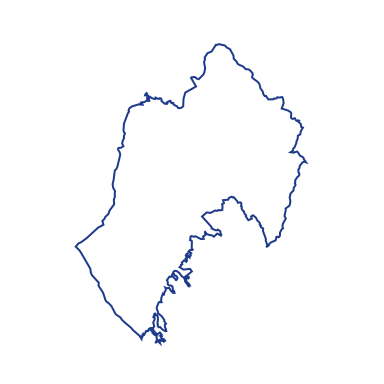 Tisau, Buzau, Romania, rotated 331°
{"feature_id": "2599482B29970481814302", "entity_name": "Tisau", "entity_type": "district", "adm_level": 2, "iso_a3": "ROU", "parent_name": "Romania", "parent_adm1": "Buzau", "projection": "orthographic", "projection_center": [26.544, 45.194], "detail": "fine", "context": "isolated", "style": "outline", "palette": "blue", "viewbox_px": 384, "rotation_deg": 331, "n_neighbors": 0, "source": "geoboundaries", "source_scale": "gbopen_adm2", "svg_char_len": 6014}
<svg xmlns="http://www.w3.org/2000/svg" viewBox="0 0 384 384"><g transform="rotate(331 192 192)"><path d="M125.6,267.9L126.6,271.2L127.7,271.7L127.7,271.0L127.1,270.3L128.2,270.2L127.9,268.3L129.1,265.1L128.1,263.4L126.7,262.7L126.0,261.0L127.3,258.8L127.3,257.0L131.1,255.1L132.5,256.0L134.6,254.7L134.0,256.3L135.2,259.9L135.1,261.0L135.6,261.4L136.6,261.1L137.6,260.2L137.7,258.2L136.5,256.7L136.4,254.4L136.8,253.0L138.5,252.5L140.3,253.7L141.7,256.8L142.2,260.7L143.3,262.8L143.3,265.4L142.6,266.8L143.2,271.0L143.0,271.9L143.4,272.8L143.9,272.3L144.7,272.8L144.8,270.8L143.7,267.8L145.2,263.9L145.3,261.9L146.8,265.8L147.5,265.7L147.9,264.7L147.2,264.0L146.8,262.6L153.4,261.4L153.0,258.3L146.9,255.7L144.7,251.7L146.2,251.4L147.1,250.4L148.4,250.6L148.9,248.8L151.8,248.0L152.1,247.9L153.1,250.3L154.0,249.8L154.6,249.1L154.3,247.5L155.0,247.7L156.0,247.1L155.5,246.0L156.1,245.6L155.8,244.5L157.2,243.6L158.0,243.6L157.5,246.3L158.1,248.2L159.0,247.2L160.1,247.0L160.1,245.7L161.7,245.1L160.8,243.4L160.1,243.4L160.0,242.4L161.8,241.8L164.5,242.9L164.7,242.4L164.4,241.2L168.1,234.9L167.0,233.0L167.6,232.7L168.9,230.4L170.2,230.3L172.0,232.1L173.5,232.3L176.9,237.4L179.6,238.7L180.1,236.3L182.9,236.1L183.8,233.3L184.2,233.2L184.5,235.7L186.3,238.0L188.5,239.6L189.5,241.7L193.9,240.6L196.2,244.2L196.8,243.8L197.1,241.5L197.7,240.0L196.3,237.4L195.4,237.6L194.2,237.0L191.6,233.6L192.0,233.3L192.0,231.5L188.9,218.3L194.9,217.0L198.2,219.3L203.3,219.4L204.8,220.7L206.7,220.7L207.3,221.5L209.8,222.4L212.0,218.9L212.3,217.3L214.5,217.2L215.2,214.2L220.0,216.3L221.3,215.1L224.4,215.3L225.0,216.6L226.0,216.7L227.1,221.8L227.0,223.8L229.0,224.3L229.7,225.4L229.5,226.2L228.0,228.3L228.4,229.2L227.5,230.2L227.3,231.6L227.4,233.0L228.0,233.8L227.4,236.3L228.0,238.6L227.3,239.3L227.6,244.0L231.4,244.3L231.8,242.0L234.1,242.0L235.4,245.3L235.4,249.1L236.1,250.7L236.1,252.7L235.4,253.5L236.1,254.8L235.3,255.3L235.2,256.3L236.6,258.4L235.2,260.3L233.9,268.7L233.0,270.1L232.3,274.0L231.8,275.3L230.2,276.3L233.3,275.9L234.1,275.0L236.3,274.4L241.8,274.8L244.1,272.2L245.1,272.6L245.6,273.5L246.7,273.5L248.0,272.5L249.2,270.2L252.4,268.1L254.0,267.9L254.4,265.9L256.0,263.9L261.2,260.7L261.3,257.8L265.0,253.6L265.9,251.8L270.3,251.3L271.9,250.0L273.6,247.7L274.9,243.8L276.3,242.7L276.6,241.8L278.5,240.7L281.4,240.0L282.8,237.9L286.1,235.9L286.1,234.3L287.0,233.7L287.8,231.9L291.1,230.1L293.7,229.5L294.8,227.9L294.7,226.6L295.7,224.1L297.7,223.1L298.9,221.3L303.0,219.7L305.0,219.9L306.1,221.2L305.7,217.2L306.1,216.1L305.4,214.4L304.1,212.9L303.8,208.0L302.9,207.3L300.0,206.9L297.5,205.0L300.4,204.7L301.5,203.1L303.3,202.7L306.7,200.0L308.4,197.9L310.0,197.0L311.9,194.1L314.6,194.1L316.5,191.7L320.2,189.5L319.1,188.1L320.1,185.2L319.1,182.1L320.2,181.6L319.7,180.8L317.9,180.4L317.6,179.4L317.8,177.6L317.0,177.0L315.6,177.0L314.7,175.9L314.6,174.9L316.9,171.5L317.0,170.2L315.6,167.4L310.9,162.5L315.2,158.8L316.9,154.5L316.9,152.7L314.1,151.7L312.5,150.5L311.3,151.1L308.7,150.0L308.2,150.4L303.6,148.0L303.3,143.9L302.1,143.3L301.8,140.6L302.4,139.6L302.5,137.4L302.1,134.6L303.3,130.4L302.9,127.6L300.2,121.7L300.3,120.4L302.2,118.8L302.5,117.4L301.9,114.3L301.1,112.4L298.5,110.5L297.5,106.9L294.7,103.3L294.0,101.6L294.2,99.6L293.1,95.7L294.4,92.9L294.5,85.7L292.5,82.5L291.8,79.8L287.2,75.7L285.2,75.5L284.4,74.8L277.2,78.6L272.9,78.1L268.3,80.5L267.6,82.3L265.4,84.4L263.5,90.2L260.7,93.4L258.8,94.8L252.6,96.6L251.2,95.2L250.1,92.7L247.3,91.5L246.5,91.7L246.7,101.7L234.3,101.8L229.8,106.3L225.9,112.7L223.5,113.2L221.1,112.3L220.5,111.5L220.5,110.0L218.3,106.6L218.8,105.1L217.4,104.5L217.5,103.9L216.9,103.4L217.4,102.2L217.1,101.6L213.8,101.3L213.3,101.5L213.7,102.3L212.8,102.8L211.0,101.6L209.4,97.6L210.2,96.4L210.2,95.3L209.5,94.4L208.6,94.7L207.6,94.1L205.9,91.8L205.2,92.8L204.7,92.8L202.6,90.8L201.4,88.4L200.5,88.1L200.7,87.6L199.9,85.8L200.3,84.7L200.2,83.5L198.6,83.9L197.8,84.7L199.6,85.6L199.3,86.9L197.8,88.6L198.2,89.4L199.6,89.7L198.8,91.6L196.4,90.2L193.8,90.2L190.9,89.0L190.5,89.2L191.3,90.0L191.1,91.7L187.6,89.4L180.6,88.0L177.8,88.5L175.9,90.1L175.9,91.2L173.9,92.2L165.8,99.1L162.3,104.3L161.5,106.3L161.8,108.2L159.4,110.2L158.7,112.0L156.9,113.0L154.4,115.7L154.2,118.7L151.4,118.9L149.2,117.9L148.2,118.3L147.9,119.3L148.0,122.2L147.3,124.6L139.1,133.6L137.2,135.1L135.0,135.7L129.0,143.8L126.4,146.6L125.1,150.0L125.1,153.9L123.2,156.6L122.8,158.1L119.7,161.1L118.4,164.3L117.6,165.2L111.0,168.2L108.1,170.8L104.2,171.7L102.1,173.2L99.6,173.8L98.7,177.7L92.3,177.7L77.5,181.3L70.4,182.2L68.0,181.9L63.8,183.4L65.3,188.7L65.5,191.1L65.8,205.3L65.8,210.0L64.4,213.6L64.2,216.3L66.5,226.3L64.8,228.5L65.4,237.1L63.9,244.6L64.1,246.7L65.1,248.5L66.2,252.6L66.0,261.8L68.7,267.4L68.7,269.5L69.9,273.4L72.9,281.2L73.5,284.4L76.8,293.5L76.4,293.7L76.6,296.1L77.5,294.9L77.6,293.7L78.5,294.5L79.2,293.7L80.2,293.8L79.9,292.8L80.7,292.9L81.0,292.3L81.8,293.1L83.4,292.4L84.2,291.3L86.3,292.3L87.1,291.4L88.0,291.5L88.0,290.9L89.2,290.8L89.0,292.8L89.7,296.0L89.2,296.3L90.0,298.7L90.8,298.3L90.9,298.9L90.5,299.1L91.3,300.7L90.4,302.0L89.9,304.2L86.7,306.3L90.6,305.8L90.3,307.7L90.7,308.8L91.2,306.2L91.9,305.6L93.0,307.4L93.4,307.6L93.7,306.7L94.6,307.3L94.8,309.2L96.3,309.1L96.2,307.4L94.3,305.2L94.4,304.1L95.7,303.6L94.5,302.3L96.3,301.9L95.8,299.2L92.6,299.9L91.2,295.1L91.4,293.9L90.9,291.5L92.1,292.1L93.8,291.1L94.9,287.2L97.6,285.3L98.3,283.7L97.5,282.9L98.4,281.9L99.1,282.0L99.1,281.3L100.3,280.3L100.8,280.5L100.6,281.2L100.9,281.5L100.3,282.1L101.7,282.8L101.6,284.6L100.0,287.7L98.1,289.9L97.9,291.6L97.1,292.3L97.3,294.1L98.7,294.8L99.4,297.7L101.3,300.9L102.1,301.2L102.8,298.9L102.7,297.5L103.9,294.8L105.4,294.6L105.1,291.4L105.7,290.5L105.3,286.1L103.5,281.5L104.3,279.6L104.4,277.4L105.4,275.6L109.5,272.4L110.9,272.5L111.5,273.6L112.0,273.6L111.9,272.8L113.8,269.8L117.0,267.0L117.1,267.9L117.8,268.2L119.3,266.3L121.2,265.3L122.2,263.9L122.3,262.7L123.2,263.9L125.5,264.8L125.6,267.9Z" fill="none" stroke="#1e3a8a" stroke-width="2"/></g></svg>